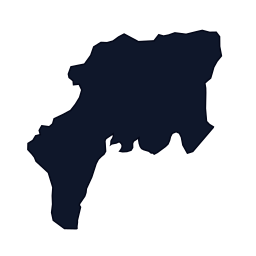 an SVG outline of L'Artibonite, rotated 263°
{"feature_id": "HTI-1384", "entity_name": "L'Artibonite", "entity_type": "Department", "adm_level": 1, "iso_a3": "HTI", "parent_name": "Haiti", "parent_adm1": "", "projection": "orthographic", "projection_center": [-72.647, 19.338], "detail": "fine", "context": "isolated", "style": "filled", "palette": "ink", "viewbox_px": 256, "rotation_deg": 263, "n_neighbors": 0, "source": "natural_earth", "source_scale": "10m", "svg_char_len": 1695}
<svg xmlns="http://www.w3.org/2000/svg" viewBox="0 0 256 256"><g transform="rotate(263 128 128)"><path d="M118.7,212.9L118.1,212.6L96.8,189.4L95.8,183.9L104.4,180.4L112.3,179.9L116.6,178.4L118.5,175.3L117.3,171.2L114.3,169.1L110.6,167.7L107.2,165.7L105.1,162.9L100.2,154.2L98.9,150.8L100.3,149.8L100.5,149.4L100.2,149.0L100.4,147.9L102.4,146.0L104.6,141.0L106.0,139.0L108.2,137.9L111.4,137.3L114.7,137.2L117.1,137.6L114.2,131.8L112.1,130.6L108.0,130.2L105.6,128.3L104.8,124.1L105.1,119.7L106.0,117.0L107.3,118.3L109.0,119.5L110.9,120.1L112.9,119.8L115.2,118.1L115.3,116.6L114.6,114.8L114.2,109.8L113.7,108.9L114.2,109.1L117.1,109.6L118.1,110.2L119.6,111.5L121.5,112.5L124.1,112.5L120.1,104.7L118.1,103.5L107.6,102.9L104.9,100.9L103.1,98.0L100.5,94.7L96.6,92.0L83.7,86.0L72.9,79.3L69.1,78.4L65.7,76.8L58.6,70.6L57.2,70.3L55.2,71.2L42.6,66.5L40.6,66.3L36.6,65.3L34.5,65.1L34.3,64.5L36.0,52.7L45.5,42.6L53.4,41.9L61.5,43.9L69.9,44.6L78.2,46.2L93.5,43.5L106.2,32.7L110.4,31.6L113.8,29.6L118.8,26.0L124.9,26.9L127.3,32.1L131.5,35.4L132.1,40.2L136.5,39.6L140.7,42.7L138.8,50.0L141.3,53.7L146.2,55.8L149.0,64.4L152.4,73.2L158.0,78.8L164.2,83.7L171.4,86.8L177.5,84.8L177.6,79.2L181.6,79.3L185.3,75.7L188.8,75.4L191.8,76.9L195.7,78.9L196.7,92.6L204.6,99.9L212.7,103.9L216.2,111.6L215.2,117.6L216.1,123.7L219.5,129.8L221.7,135.6L212.4,148.8L211.3,164.4L216.8,169.9L214.9,174.5L215.3,179.7L216.7,186.1L213.9,197.1L215.2,207.8L215.8,213.6L213.0,220.6L212.3,227.2L207.5,230.0L197.8,228.9L188.2,229.5L183.4,224.5L177.9,220.5L172.6,218.3L167.5,216.1L165.4,212.8L163.2,209.7L158.2,209.9L153.4,209.4L138.0,207.2L125.0,206.7L121.6,209.2L118.7,212.9Z" fill="#0f172a" stroke="#020617" stroke-width="1.5"/></g></svg>